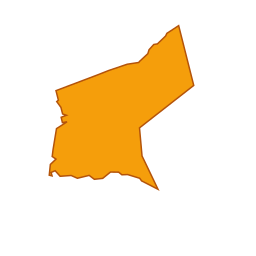 Tattnall, Georgia, United States of America, rotated 63°
{"feature_id": "52423323B29295723597206", "entity_name": "Tattnall", "entity_type": "district", "adm_level": 2, "iso_a3": "USA", "parent_name": "United States of America", "parent_adm1": "Georgia", "projection": "mercator", "projection_center": [-82.044, 32.051], "detail": "fine", "context": "isolated", "style": "filled", "palette": "amber", "viewbox_px": 256, "rotation_deg": 63, "n_neighbors": 0, "source": "geoboundaries", "source_scale": "gbopen_adm2", "svg_char_len": 701}
<svg xmlns="http://www.w3.org/2000/svg" viewBox="0 0 256 256"><g transform="rotate(63 128 128)"><path d="M196.2,129.1L159.3,128.2L133.1,117.7L119.9,50.1L59.8,36.4L61.3,50.4L63.1,52.7L66.4,63.6L65.3,67.1L67.8,73.7L70.8,76.6L73.9,87.5L74.5,88.7L70.8,99.8L68.0,119.2L66.8,131.6L62.0,175.2L71.6,177.4L72.1,179.5L79.2,178.4L85.8,179.9L88.7,177.1L88.1,182.7L93.4,184.0L94.8,179.5L96.1,192.0L113.1,204.5L119.0,208.5L123.0,206.3L125.2,213.7L134.3,219.6L136.2,217.4L132.7,216.7L133.0,212.3L140.2,210.4L144.5,200.2L149.8,195.9L152.6,184.1L158.4,181.3L161.4,173.4L159.3,163.6L163.1,156.4L166.9,154.7L169.3,149.5L178.1,140.4L181.3,139.9L196.2,129.1Z" fill="#f59e0b" stroke="#b45309" stroke-width="1.5"/></g></svg>